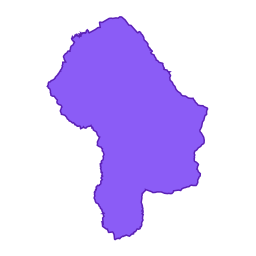 Moroeni, Dâmbovita, Romania (Albers equal-area conic projection), rotated 179°
{"feature_id": "2599482B64065546523837", "entity_name": "Moroeni", "entity_type": "district", "adm_level": 2, "iso_a3": "ROU", "parent_name": "Romania", "parent_adm1": "Dâmbovita", "projection": "albers", "projection_center": [25.447, 45.318], "detail": "fine", "context": "isolated", "style": "filled", "palette": "violet", "viewbox_px": 256, "rotation_deg": 179, "n_neighbors": 0, "source": "geoboundaries", "source_scale": "gbopen_adm2", "svg_char_len": 5829}
<svg xmlns="http://www.w3.org/2000/svg" viewBox="0 0 256 256"><g transform="rotate(179 128 128)"><path d="M181.1,215.4L180.3,215.2L180.0,214.6L180.8,213.5L181.3,212.3L183.5,210.7L184.1,209.1L184.1,208.2L184.7,206.6L184.6,205.8L185.1,205.7L185.6,206.0L186.7,205.9L188.0,204.0L189.3,203.3L191.0,201.2L191.3,200.3L190.6,198.5L190.6,197.9L189.1,195.1L192.1,194.9L192.1,192.9L192.8,191.3L192.4,190.8L192.5,190.2L193.0,189.4L193.3,188.4L194.6,186.8L194.4,186.0L195.1,185.8L196.7,183.3L197.1,183.1L197.1,182.7L199.9,179.9L199.8,179.3L201.0,178.1L202.9,177.0L203.9,176.8L204.9,175.6L206.5,175.2L207.0,173.8L207.0,172.7L207.9,171.0L207.4,170.8L206.8,169.3L205.8,168.8L205.3,167.9L204.9,166.3L205.0,164.6L204.6,163.8L204.5,162.1L203.1,161.2L201.2,161.0L199.4,158.5L198.1,157.2L198.6,155.5L198.5,154.5L198.2,153.9L196.5,152.5L194.9,152.2L193.9,150.8L193.7,150.1L194.3,149.4L194.6,148.1L195.3,146.7L195.3,145.9L194.3,143.4L194.3,142.8L193.1,142.6L190.9,141.8L189.3,140.0L188.5,138.2L187.4,137.4L186.5,136.0L185.3,135.7L183.4,134.0L182.4,134.3L181.5,133.2L181.2,132.4L180.7,132.6L180.1,131.8L179.2,131.4L178.8,130.7L177.7,130.6L176.9,130.9L176.0,130.7L175.6,129.7L175.5,128.5L175.3,128.1L172.8,129.4L172.4,129.9L172.1,129.3L171.4,128.9L170.1,128.6L169.1,129.7L167.7,130.3L166.1,130.4L165.0,131.2L164.8,130.5L164.1,129.9L164.1,128.7L163.3,128.9L162.6,126.6L159.5,124.5L158.8,121.8L157.2,119.6L156.5,119.4L158.9,114.5L158.7,113.3L159.0,111.2L157.0,109.9L155.1,109.2L154.8,108.3L153.9,107.7L154.2,106.4L154.1,105.4L153.6,105.1L153.2,104.4L152.4,101.9L153.5,100.0L153.1,98.7L153.5,96.7L155.0,95.6L155.4,94.3L154.9,93.7L155.1,92.9L156.3,92.7L156.3,91.6L156.0,90.9L156.3,90.4L155.7,89.5L155.8,88.6L156.2,88.3L155.6,86.2L155.7,85.1L154.7,84.1L155.3,83.8L154.7,83.4L154.7,81.2L155.1,80.9L154.9,80.5L154.3,80.4L154.3,80.0L154.8,79.9L155.5,79.2L155.8,78.4L155.2,77.5L154.6,76.9L156.0,75.5L156.2,74.8L156.0,73.6L156.3,72.5L157.9,71.4L157.8,71.1L158.8,70.9L159.3,71.2L160.8,69.6L160.6,69.4L160.8,69.2L160.9,68.3L160.6,68.0L160.8,67.7L160.8,67.2L161.4,66.9L161.2,66.5L161.7,65.7L162.3,65.2L162.2,64.3L162.7,64.2L162.5,62.6L162.7,62.3L162.3,60.6L162.9,59.5L163.1,58.6L162.2,56.7L162.1,55.7L161.3,53.8L159.2,52.8L158.4,51.5L158.4,50.8L157.0,49.1L156.9,48.0L155.6,47.1L155.5,45.7L154.6,43.8L153.7,43.3L154.6,42.9L153.8,42.8L154.3,42.2L154.2,41.4L153.6,40.2L154.9,38.4L154.6,33.7L155.2,34.6L155.7,34.6L155.4,33.8L155.3,32.1L155.0,31.5L155.2,31.0L155.1,30.1L151.5,27.4L150.3,27.2L150.3,26.6L149.6,25.4L149.5,24.4L149.0,23.9L145.3,24.3L144.9,24.0L143.8,21.8L143.4,17.2L143.1,16.8L142.7,16.7L141.3,17.6L139.1,17.9L138.7,17.5L138.0,17.6L137.4,18.5L135.1,19.9L134.3,19.7L133.7,20.2L132.7,20.4L131.7,21.0L128.5,19.8L127.2,20.7L126.6,21.6L125.9,21.9L124.9,21.8L124.7,22.4L124.2,22.4L124.3,23.3L123.5,23.8L123.3,24.2L122.6,24.1L121.5,25.3L121.3,25.9L120.6,26.9L119.2,26.6L117.8,27.1L117.6,27.4L117.6,28.5L117.3,29.1L116.6,29.1L116.2,29.9L115.9,31.1L116.1,32.0L115.8,33.6L114.6,35.7L115.1,37.0L114.9,39.3L114.3,41.3L115.0,41.4L115.4,42.1L115.1,42.6L114.5,43.1L114.4,44.8L114.5,45.1L115.4,45.0L114.5,46.8L114.8,48.3L115.2,48.6L114.9,49.6L115.2,50.0L115.1,50.5L116.1,53.4L115.3,57.9L115.5,59.2L115.1,60.1L114.9,62.4L113.9,62.9L113.3,63.8L111.5,65.4L111.6,66.2L105.5,63.9L104.3,63.0L101.9,63.1L100.1,63.6L95.9,63.5L92.6,62.1L89.8,61.7L88.4,61.9L86.3,61.6L85.2,61.8L84.1,62.9L83.6,63.6L83.5,64.4L78.5,65.0L76.4,64.6L75.2,66.2L73.4,67.1L71.3,67.5L70.3,68.0L68.0,68.3L66.7,69.4L65.4,69.8L64.2,69.4L61.0,69.3L60.1,70.3L59.8,71.3L59.2,72.0L59.2,75.0L58.2,76.4L58.1,77.4L57.1,78.3L56.7,78.9L56.5,81.1L58.4,83.0L59.0,84.8L59.9,85.7L59.3,86.8L59.3,88.0L58.2,90.0L58.3,90.6L60.1,92.5L61.8,93.4L62.2,93.9L62.4,95.1L62.2,95.8L62.4,96.2L62.0,97.2L62.2,98.3L61.7,99.9L62.1,100.7L62.2,101.8L61.7,103.6L59.7,104.8L58.0,107.0L55.7,108.3L54.4,110.1L52.7,111.0L52.2,111.9L52.0,114.5L52.5,117.5L54.8,121.7L55.7,122.6L56.2,123.8L56.2,124.7L55.5,125.7L54.4,128.0L53.4,132.8L52.1,134.4L51.1,138.3L50.4,139.5L49.5,139.8L49.1,140.3L49.2,142.9L48.7,144.8L48.1,145.6L48.3,146.5L51.6,148.0L52.7,149.0L55.0,149.1L57.5,149.6L58.4,150.9L60.3,152.8L60.7,153.9L62.0,155.5L62.4,156.6L64.3,156.5L67.1,156.9L69.9,158.9L72.7,159.2L74.0,160.0L74.9,161.8L77.7,163.8L79.4,165.9L80.3,168.7L81.9,170.4L82.9,172.9L85.0,175.0L85.4,177.7L84.6,179.4L84.6,180.0L85.7,181.6L85.8,182.3L86.1,182.7L85.2,183.4L86.5,183.5L87.3,184.0L87.9,185.2L91.0,186.0L91.2,186.4L90.8,186.9L90.7,187.3L91.3,188.2L92.2,191.1L92.0,191.8L92.3,192.1L95.7,193.1L96.2,193.6L96.8,194.5L97.7,195.2L98.5,195.3L99.0,197.3L100.2,199.1L100.7,200.6L103.4,201.9L103.9,202.9L102.4,204.2L102.6,204.8L103.3,205.2L103.5,205.7L104.4,205.7L104.3,206.6L105.0,207.7L105.8,208.0L106.0,208.8L106.6,209.7L106.8,210.5L106.6,211.1L106.6,211.7L108.0,213.6L110.3,215.8L110.6,217.2L110.6,218.0L110.9,218.8L112.0,220.8L113.2,222.0L113.8,223.4L114.9,224.1L115.6,223.8L115.9,223.3L116.8,223.1L117.1,223.4L123.2,230.5L125.4,230.9L128.9,236.0L132.4,239.1L134.2,239.3L136.0,238.0L138.1,238.3L141.3,237.8L143.0,238.1L144.9,237.9L151.5,234.2L152.2,234.0L154.2,234.4L154.6,234.0L154.6,233.5L154.0,229.1L156.3,228.9L159.0,227.0L165.2,223.8L165.6,224.2L165.9,225.7L167.0,226.9L167.9,226.0L167.8,225.2L168.8,224.3L168.5,224.0L168.8,223.6L169.6,223.7L169.4,224.2L169.6,224.2L170.3,223.7L171.0,224.0L171.7,223.3L172.1,223.7L172.2,223.3L172.7,223.1L173.2,223.5L173.0,223.0L173.3,222.8L175.3,222.8L175.0,222.3L175.1,221.7L173.4,221.6L173.5,221.1L172.9,221.3L173.5,220.7L173.7,220.9L174.8,220.6L175.1,220.1L175.2,220.5L175.6,220.7L176.5,220.7L176.9,221.1L176.7,221.4L177.1,222.0L177.4,221.4L178.0,221.5L177.8,222.1L178.1,222.5L178.6,221.9L178.8,220.3L178.9,220.7L178.8,221.0L179.3,221.6L180.2,219.8L181.1,219.8L181.2,219.4L181.4,219.6L181.6,219.3L182.0,220.1L182.3,218.9L182.8,218.6L182.5,217.3L181.1,215.9L181.1,215.4Z" fill="#8b5cf6" stroke="#5b21b6" stroke-width="1.5"/></g></svg>